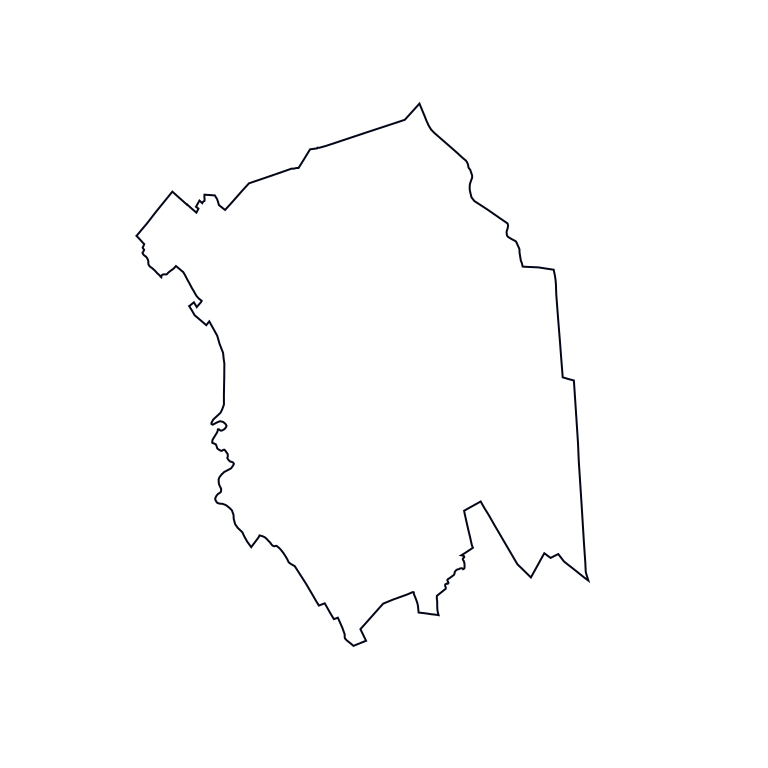 Radauti, Suceava, Romania, rotated 60°
{"feature_id": "2599482B49220638181653", "entity_name": "Radauti", "entity_type": "district", "adm_level": 2, "iso_a3": "ROU", "parent_name": "Romania", "parent_adm1": "Suceava", "projection": "equal_earth", "projection_center": [25.93, 47.847], "detail": "fine", "context": "isolated", "style": "outline", "palette": "ink", "viewbox_px": 768, "rotation_deg": 60, "n_neighbors": 0, "source": "geoboundaries", "source_scale": "gbopen_adm2", "svg_char_len": 5385}
<svg xmlns="http://www.w3.org/2000/svg" viewBox="0 0 768 768"><g transform="rotate(60 384 384)"><path d="M595.5,541.4L597.4,527.9L594.2,527.7L584.5,527.0L582.7,521.4L576.1,501.6L573.8,494.6L575.2,484.1L577.9,469.0L578.6,463.0L579.4,462.4L580.7,463.1L586.3,463.9L590.6,464.7L593.5,465.7L599.2,468.3L601.1,465.8L602.4,464.0L604.4,461.4L607.0,458.2L609.6,454.6L611.5,452.3L609.1,451.7L606.3,450.7L604.0,449.5L601.6,448.2L599.0,446.7L595.9,445.4L593.9,444.1L592.2,433.0L591.4,432.4L590.7,432.1L589.3,432.0L588.2,431.2L588.2,430.5L588.1,429.8L588.5,429.2L588.9,428.7L588.7,427.9L588.2,427.5L587.7,427.5L585.7,427.3L585.3,426.9L585.0,426.5L584.9,424.1L584.6,421.5L584.3,418.9L584.0,418.4L583.2,417.5L582.4,417.0L581.6,415.5L581.3,414.5L581.3,413.4L581.5,412.5L581.8,411.8L581.7,410.9L582.1,409.5L582.5,408.7L583.1,408.3L583.9,408.2L584.0,407.5L583.9,406.9L583.7,406.4L582.7,405.7L581.3,404.9L579.8,404.1L578.0,403.6L577.4,403.4L576.2,403.5L575.7,403.5L574.9,403.3L574.5,402.5L574.2,401.4L574.0,401.0L573.2,400.8L571.7,401.9L571.0,402.7L570.9,398.4L570.3,388.9L567.5,388.5L559.6,386.0L553.4,384.2L543.4,381.1L536.1,378.8L533.8,378.0L534.1,359.0L541.1,359.1L550.1,358.8L562.4,358.9L570.7,358.8L575.0,358.8L606.9,358.6L613.0,356.8L625.0,353.5L610.7,329.8L617.9,326.7L618.4,318.1L627.6,316.9L633.2,314.7L638.8,312.4L652.1,307.2L652.8,306.9L656.4,305.3L649.6,303.8L647.3,303.1L639.6,299.1L622.2,290.6L587.9,273.5L548.4,254.0L532.7,245.8L509.0,234.1L475.9,217.8L472.0,221.7L467.6,225.9L450.4,217.7L434.8,210.2L417.5,202.0L392.7,190.1L387.8,187.5L384.1,185.5L379.2,183.2L375.3,181.7L370.1,180.0L369.9,179.9L360.2,192.0L357.7,195.9L352.9,203.4L351.6,205.2L349.6,204.6L348.3,204.2L347.1,204.0L345.9,203.9L343.4,203.0L342.1,202.5L337.7,200.8L335.2,199.4L334.9,199.3L333.8,199.1L332.4,199.0L330.4,198.8L327.8,198.5L327.2,198.5L326.7,198.4L325.5,199.0L322.0,201.2L318.4,203.1L316.8,203.2L314.8,202.4L313.9,202.0L312.9,201.2L311.0,199.1L309.0,197.4L306.8,196.7L298.0,200.9L284.4,207.3L270.7,214.3L266.1,214.9L264.3,214.4L261.3,213.5L260.0,213.1L258.3,212.5L255.6,210.9L254.6,210.2L253.5,209.3L252.6,208.3L251.1,206.6L249.5,204.6L247.5,203.4L241.4,202.2L239.7,202.6L238.5,202.5L236.2,201.6L234.3,201.3L231.7,201.3L230.3,201.8L227.9,202.7L224.8,203.7L222.2,204.5L216.4,206.4L192.0,214.8L187.2,216.0L182.4,216.1L177.2,215.6L173.3,215.0L158.9,213.1L165.6,233.9L157.1,274.7L148.7,315.6L147.0,322.1L146.1,323.5L146.5,324.1L143.8,330.7L149.9,341.9L154.2,350.0L153.2,351.8L152.3,354.7L151.3,356.3L149.7,364.8L145.4,387.0L142.7,400.6L145.8,410.4L150.7,424.9L153.8,434.6L146.5,437.5L142.9,436.6L140.4,436.1L137.6,436.2L136.1,436.2L130.3,444.8L131.0,445.3L131.8,445.8L132.9,446.4L134.1,446.9L135.6,447.8L135.7,449.6L136.5,451.0L132.9,452.1L134.6,455.0L136.4,457.9L136.5,458.2L139.1,457.1L139.3,457.0L139.8,457.6L141.8,460.8L136.3,462.7L132.1,464.1L131.2,464.4L130.3,464.6L130.4,464.9L111.6,471.1L120.8,495.2L126.6,509.4L129.1,516.4L131.7,523.4L131.8,524.0L131.9,524.3L133.9,523.8L136.7,523.1L137.8,522.9L141.1,522.2L142.9,521.7L143.9,522.9L145.2,524.8L145.9,524.9L147.8,524.6L148.8,525.9L149.7,527.6L151.0,527.7L152.4,527.5L154.2,526.7L155.5,526.3L157.0,526.2L158.5,526.4L160.0,526.8L161.4,527.6L162.3,528.1L163.7,528.2L165.6,527.9L167.6,526.9L170.1,526.1L171.7,525.6L174.8,525.0L176.6,524.4L177.5,524.0L179.0,523.9L180.2,523.5L179.7,523.1L178.9,522.4L178.6,521.6L178.7,520.6L179.2,519.4L180.1,518.0L180.4,517.4L180.2,516.7L179.8,515.5L179.5,514.1L179.2,511.8L179.0,509.4L178.5,507.2L177.8,505.2L180.7,504.1L185.8,502.3L186.5,501.9L190.7,501.9L194.9,502.1L200.0,502.2L204.6,502.4L208.2,502.3L211.8,502.4L214.5,502.3L217.5,501.6L220.8,500.3L221.6,501.5L223.1,505.9L223.8,507.7L218.2,507.8L219.0,512.5L219.1,513.8L223.6,513.6L228.6,513.6L229.5,513.7L236.2,511.3L244.2,508.5L242.4,504.0L248.0,504.1L258.7,504.3L261.7,505.0L266.8,506.3L273.9,507.4L275.2,507.6L276.6,507.8L281.9,510.2L284.4,511.2L286.6,512.1L298.3,519.0L313.9,528.4L321.8,532.9L325.2,537.0L327.2,540.0L328.4,545.3L329.4,549.7L331.5,553.0L332.6,553.4L333.6,552.6L333.8,547.7L334.0,546.2L334.3,544.5L336.4,542.3L339.0,541.3L341.3,541.2L342.3,542.1L343.3,544.7L343.3,547.5L342.7,548.8L340.6,549.7L340.2,550.5L341.6,551.7L342.5,552.8L345.6,558.6L346.8,560.6L348.1,561.6L349.2,562.1L350.6,560.9L352.2,559.8L354.3,560.1L356.5,560.6L357.9,560.0L359.2,559.3L360.4,558.5L360.8,557.4L360.7,555.9L361.2,555.0L363.0,554.7L366.6,554.4L368.8,555.6L369.7,556.7L372.0,556.7L374.4,555.9L375.2,554.9L376.4,554.0L378.1,553.9L379.3,555.7L380.6,558.7L380.3,566.4L381.2,570.0L382.5,573.2L384.0,575.0L387.2,576.6L389.5,577.2L391.6,577.3L393.5,577.5L395.7,579.0L396.2,580.6L396.2,582.8L397.3,585.5L398.9,587.6L401.0,588.1L403.6,587.8L405.3,586.3L407.1,583.7L409.3,581.9L410.2,581.3L413.9,579.8L417.3,578.9L422.0,579.7L425.7,581.6L431.0,583.0L435.5,582.6L438.8,581.6L441.6,580.8L445.9,581.2L451.9,581.3L458.9,580.6L454.1,569.3L452.9,567.5L454.2,566.2L455.6,564.9L457.5,563.7L459.3,563.1L462.1,562.5L464.3,561.9L467.3,561.6L468.7,561.0L469.7,560.2L470.0,558.9L470.4,558.0L472.7,557.1L475.4,556.3L480.2,555.6L484.5,555.4L487.4,555.4L490.7,555.7L492.8,554.9L496.1,553.0L496.9,552.4L517.8,551.4L530.8,551.3L535.9,551.3L539.3,551.3L541.2,551.2L543.3,551.2L544.3,545.0L547.8,545.0L555.9,545.1L560.6,545.0L561.6,545.0L562.6,544.9L563.3,540.8L573.9,541.9L581.1,543.2L583.5,544.6L584.8,545.0L587.3,544.5L592.6,542.4L595.5,541.4Z" fill="none" stroke="#020617" stroke-width="2"/></g></svg>